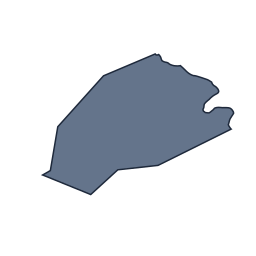 Gualala, Santa Bárbara, Honduras, rotated 147°
{"feature_id": "27666195B84597002869459", "entity_name": "Gualala", "entity_type": "district", "adm_level": 2, "iso_a3": "HND", "parent_name": "Honduras", "parent_adm1": "Santa Bárbara", "projection": "orthographic", "projection_center": [-88.228, 15.004], "detail": "fine", "context": "isolated", "style": "filled", "palette": "slate", "viewbox_px": 256, "rotation_deg": 147, "n_neighbors": 0, "source": "geoboundaries", "source_scale": "gbopen_adm2", "svg_char_len": 4385}
<svg xmlns="http://www.w3.org/2000/svg" viewBox="0 0 256 256"><g transform="rotate(147 128 128)"><path d="M225.2,135.1L195.5,92.5L159.3,98.5L123.2,80.3L42.1,70.9L42.2,71.2L42.2,71.4L42.2,71.7L42.3,72.3L42.3,73.1L42.3,73.4L42.3,73.8L42.3,74.3L42.3,74.7L42.3,75.0L42.2,75.2L42.2,75.4L42.2,75.6L42.1,75.9L42.0,76.0L41.9,76.2L41.9,76.3L41.7,76.4L41.5,76.6L40.8,77.2L39.7,78.2L38.7,79.1L38.5,79.3L38.3,79.4L38.1,79.6L37.9,79.7L37.5,80.0L37.3,80.1L37.0,80.2L36.8,80.3L36.4,80.6L35.8,80.8L34.1,81.6L32.7,82.2L31.9,82.6L31.7,82.7L31.6,82.8L31.4,82.9L31.4,83.0L31.2,83.2L31.1,83.5L31.0,83.8L30.9,84.0L30.9,84.4L30.8,84.6L30.8,84.8L30.8,85.1L30.8,85.3L30.8,85.5L30.8,85.8L30.8,86.2L30.8,86.4L30.9,86.7L30.9,87.1L31.0,87.5L31.1,87.8L31.2,88.1L31.3,88.3L31.4,88.6L31.5,88.8L31.6,89.0L31.8,89.2L31.9,89.4L32.0,89.5L32.4,89.9L32.6,90.1L32.9,90.4L33.2,90.6L33.5,90.8L33.8,91.1L34.0,91.2L34.4,91.5L35.8,92.4L37.5,93.5L37.9,93.7L38.1,93.9L38.8,94.5L39.2,94.8L39.9,95.3L40.5,95.7L40.8,96.0L41.1,96.1L41.3,96.2L41.4,96.3L41.6,96.4L42.2,96.7L42.8,97.0L43.1,97.0L43.5,97.2L43.7,97.3L44.0,97.4L44.3,97.4L44.6,97.4L44.8,97.4L45.0,97.4L45.5,97.2L45.9,97.1L46.1,97.0L46.4,96.9L46.7,96.9L46.8,96.9L47.7,96.8L48.5,96.7L49.4,96.6L50.0,96.5L50.3,96.5L50.5,96.5L51.0,96.5L51.4,96.5L51.5,96.5L51.8,96.6L52.0,96.7L52.2,96.8L52.3,96.9L52.5,97.0L52.9,97.3L53.5,97.8L54.2,98.4L54.6,98.7L54.7,98.8L54.8,98.9L54.8,99.0L55.0,99.6L55.1,99.9L55.2,100.2L55.3,100.5L55.5,100.9L55.5,101.0L55.5,101.3L55.4,101.7L55.4,101.8L55.3,102.0L55.2,102.3L55.1,102.5L54.9,102.8L54.7,102.9L54.5,103.1L54.1,103.3L53.5,103.7L53.4,103.8L52.8,104.4L52.4,105.0L52.1,105.3L51.7,105.8L51.5,106.0L51.4,106.1L51.1,106.3L50.9,106.5L50.7,106.6L50.4,106.7L50.2,106.8L49.8,106.9L49.4,107.0L49.0,107.1L48.6,107.2L48.4,107.3L48.0,107.3L46.8,107.5L46.2,107.6L44.9,107.7L44.3,107.8L44.1,107.8L43.9,107.9L43.7,107.9L43.1,108.1L42.8,108.1L42.6,108.2L42.2,108.3L41.6,108.3L41.1,108.4L40.5,108.5L39.9,108.5L39.4,108.6L38.9,108.6L38.5,108.6L38.4,108.6L37.9,108.6L37.2,108.6L36.4,108.5L35.9,108.5L35.1,108.4L34.6,108.4L34.3,108.4L34.1,108.4L33.9,108.4L33.7,108.4L33.5,108.5L33.3,108.5L33.2,108.5L32.8,108.7L32.6,108.8L32.4,108.9L32.3,109.0L32.2,109.1L32.0,109.3L31.9,109.4L31.9,109.6L31.7,109.9L31.7,110.1L31.6,110.4L31.5,110.7L31.5,111.0L31.4,111.5L31.4,111.8L31.4,112.0L31.5,112.6L31.6,113.5L31.8,114.2L31.8,114.4L31.8,114.5L32.1,115.2L32.3,115.7L32.4,115.8L32.5,116.0L32.7,116.3L32.7,116.5L32.8,116.7L32.9,116.9L32.9,117.0L33.0,117.4L33.1,117.6L33.1,118.0L33.2,118.4L33.2,118.6L33.2,118.9L33.2,119.0L33.2,119.4L33.1,119.7L33.1,120.2L33.0,120.4L33.0,120.5L32.9,120.7L32.9,120.8L32.9,121.0L33.3,121.9L33.6,122.5L34.1,123.6L34.7,124.7L34.8,124.9L34.9,125.1L36.7,127.4L37.8,128.8L38.9,130.2L40.3,131.9L41.8,133.7L42.1,134.0L42.4,134.4L42.7,134.7L43.0,135.0L43.4,135.3L43.6,135.6L43.8,135.7L43.9,135.8L44.3,136.1L44.6,136.3L44.9,136.7L45.2,137.1L45.4,137.4L45.7,137.8L45.8,137.9L45.9,138.1L46.1,138.4L46.2,138.7L46.4,138.9L46.5,139.2L46.8,139.8L46.9,140.0L47.0,140.3L47.2,140.5L47.3,140.8L47.3,141.0L47.6,141.7L47.7,142.1L47.9,142.8L48.0,143.0L48.1,143.6L48.2,143.9L48.6,145.9L48.7,146.2L48.7,146.5L48.8,146.8L48.9,147.0L49.0,147.2L49.0,147.4L49.0,147.6L49.0,147.8L49.3,148.7L49.5,149.6L49.9,150.9L49.9,151.2L50.0,151.4L50.1,151.8L50.9,152.1L51.3,152.3L51.8,152.6L52.0,152.7L52.2,152.8L53.0,153.3L54.1,154.1L55.1,154.9L55.4,155.1L55.5,155.2L55.6,155.3L56.2,156.0L56.8,156.6L57.2,157.2L57.5,157.5L57.7,157.8L57.9,158.2L58.1,158.4L58.2,158.6L58.3,158.8L58.4,159.0L58.5,159.2L58.6,159.4L58.6,159.6L58.7,159.9L58.7,160.1L58.8,160.3L58.9,160.5L59.0,160.7L59.1,160.9L59.1,161.0L59.3,161.2L59.3,161.3L59.6,161.6L59.8,161.9L60.0,162.1L60.2,162.3L60.3,162.4L60.5,162.6L60.9,162.9L61.0,163.1L61.2,163.3L61.5,163.6L61.7,163.9L61.9,164.2L62.2,164.7L62.3,164.9L62.4,165.1L62.5,165.3L62.7,165.6L62.7,165.8L62.8,165.9L62.8,166.1L62.8,166.3L62.8,166.6L62.7,166.8L62.7,167.0L62.6,167.4L62.5,167.9L62.4,168.3L62.3,168.6L62.2,168.9L62.1,169.3L62.0,169.6L62.0,169.8L62.0,170.5L62.0,170.8L62.0,171.2L62.0,171.4L62.0,171.7L62.1,172.0L62.1,172.3L62.2,172.5L62.3,172.6L62.3,172.8L62.5,172.9L62.5,173.0L62.8,173.0L63.0,173.0L63.3,173.1L63.5,173.2L63.7,173.3L63.8,173.4L64.0,173.5L64.3,173.7L64.4,173.8L64.5,173.9L64.6,174.0L64.8,174.4L64.8,174.5L64.8,174.8L64.9,175.0L64.9,175.3L120.1,185.1L186.2,167.3L216.3,134.6L225.2,135.1Z" fill="#64748b" stroke="#1e293b" stroke-width="1.5"/></g></svg>